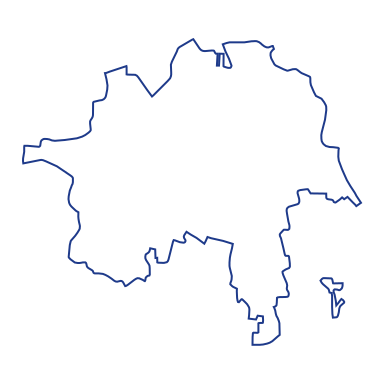 outline of Nam Định, Nam Định, Vietnam
{"feature_id": "81297802B54089788823696", "entity_name": "Nam Định", "entity_type": "district", "adm_level": 2, "iso_a3": "VNM", "parent_name": "Vietnam", "parent_adm1": "Nam Định", "projection": "mercator", "projection_center": [106.173, 20.418], "detail": "fine", "context": "isolated", "style": "outline", "palette": "blue", "viewbox_px": 384, "rotation_deg": 0, "n_neighbors": 0, "source": "geoboundaries", "source_scale": "gbopen_adm2", "svg_char_len": 5916}
<svg xmlns="http://www.w3.org/2000/svg" viewBox="0 0 384 384"><path d="M71.1,187.4L69.8,190.6L68.7,196.3L68.5,199.1L69.1,202.7L69.9,204.6L71.2,206.3L72.3,207.4L75.4,210.3L76.4,211.1L78.4,212.2L78.3,216.6L78.5,219.0L79.0,222.0L79.8,225.3L79.9,226.3L79.7,228.7L79.3,229.6L77.5,232.6L75.2,235.8L71.1,240.5L70.7,241.2L69.8,245.0L68.7,256.7L68.8,257.5L70.5,259.3L74.8,262.5L77.7,263.0L79.6,263.0L81.5,262.7L82.9,262.4L85.4,262.4L85.9,262.8L86.3,263.7L86.9,266.3L87.3,267.0L88.3,268.0L92.0,270.2L92.8,270.9L93.5,272.7L94.1,273.2L94.8,273.4L98.7,273.4L102.9,273.9L105.4,274.9L108.2,276.4L111.6,278.7L114.3,280.8L115.7,281.5L117.1,281.7L120.5,280.9L121.6,281.0L122.4,281.5L123.1,282.3L125.2,286.1L126.3,285.8L128.0,284.7L134.4,279.8L136.0,278.8L137.4,278.2L139.2,278.3L142.8,279.9L144.6,281.1L144.9,281.1L145.3,280.3L145.7,277.8L146.2,277.1L147.6,275.9L149.4,275.5L149.8,274.5L149.7,268.1L149.5,265.7L148.9,264.4L146.1,260.1L145.4,258.4L145.3,256.8L145.6,254.9L145.8,254.4L148.3,252.7L149.3,251.6L149.8,250.1L150.2,248.3L155.2,249.4L155.5,258.0L157.2,257.8L157.3,262.4L157.8,262.6L158.5,262.7L163.9,262.9L166.8,262.2L167.8,261.2L168.5,259.5L173.0,241.7L173.7,240.1L174.8,240.3L179.9,242.2L183.5,242.7L184.1,242.6L184.9,242.2L185.4,241.4L185.5,240.5L185.4,240.1L184.1,238.0L183.8,236.7L184.2,235.3L186.5,231.8L190.6,234.5L196.5,237.9L204.3,243.7L205.7,241.1L207.5,237.0L211.1,238.2L223.1,240.9L232.8,243.9L232.0,248.2L230.5,254.3L229.9,257.6L229.5,262.4L229.5,266.0L229.8,267.9L231.8,276.0L231.6,279.2L231.3,280.7L230.4,283.1L230.3,284.3L232.1,286.1L233.2,286.9L236.9,288.7L236.8,291.5L237.1,298.0L237.5,300.5L238.0,302.0L238.9,302.2L241.3,299.4L241.8,299.2L242.3,299.4L245.4,302.4L247.2,304.3L248.9,307.1L249.2,308.0L249.4,309.6L249.1,315.2L248.7,318.6L256.0,319.5L257.7,315.7L262.9,316.4L263.1,320.3L262.9,322.7L262.5,322.9L258.9,323.0L258.4,323.3L258.4,332.3L257.7,332.8L257.3,332.8L253.5,332.7L253.1,332.9L252.9,333.3L252.6,336.9L252.5,344.8L259.8,344.8L263.1,344.5L267.1,343.6L269.7,342.7L272.3,341.2L277.8,336.4L279.7,334.9L279.4,323.2L278.9,321.2L277.7,318.1L276.4,315.8L275.8,313.7L275.2,310.4L274.2,307.7L273.8,307.0L274.9,306.6L276.0,305.9L276.5,305.2L276.8,302.5L277.0,297.8L277.6,297.4L279.6,297.1L285.3,297.0L287.3,296.8L288.0,296.5L288.5,295.8L288.8,294.0L288.7,293.1L288.3,291.9L287.1,289.9L286.9,289.3L286.8,288.4L287.2,285.4L286.7,283.1L283.3,275.2L282.6,272.9L282.5,271.8L283.0,271.2L285.6,269.5L289.1,268.0L289.8,266.9L289.9,266.4L289.8,263.2L289.0,256.7L288.7,256.1L288.4,255.9L285.7,255.8L285.3,255.5L285.0,255.0L284.7,254.0L283.5,248.6L281.0,238.3L279.9,235.9L279.8,234.3L280.4,233.4L283.7,229.8L284.9,229.7L287.6,229.9L288.4,229.7L289.3,228.8L289.5,226.8L289.4,225.2L288.4,221.5L287.1,214.2L286.6,210.8L286.8,209.0L287.5,207.8L289.0,206.7L297.5,204.2L298.5,203.6L299.1,202.4L299.3,201.6L299.3,200.1L299.1,198.6L297.6,193.3L297.6,192.1L297.8,191.4L298.2,190.8L300.1,190.1L306.0,189.3L307.8,189.2L308.1,189.5L310.6,193.4L326.2,193.6L326.3,197.6L326.5,198.2L326.9,198.7L327.4,199.0L328.5,199.3L331.6,199.7L332.6,200.1L333.2,200.7L333.8,202.0L334.6,202.4L335.6,202.5L339.7,199.6L342.1,197.4L344.2,199.2L347.5,196.9L352.8,202.4L355.3,204.8L356.3,206.1L361.0,202.8L356.5,196.0L354.8,192.8L350.4,186.1L346.9,180.2L344.2,174.2L342.0,169.2L338.8,160.7L338.3,156.7L338.5,150.5L338.8,148.4L338.0,147.8L333.3,147.2L329.5,147.0L325.9,146.0L323.6,144.2L322.5,142.7L321.7,141.0L321.4,138.7L321.3,135.1L321.8,132.1L325.0,119.7L326.3,110.1L326.2,106.7L325.8,105.3L324.1,102.2L321.5,98.7L315.9,95.9L314.0,92.3L310.9,85.1L310.4,82.3L310.3,78.1L310.1,77.1L309.7,76.7L308.3,76.0L301.8,73.2L300.4,72.3L297.2,69.8L295.9,69.1L292.9,69.2L287.7,70.7L287.2,70.7L283.6,69.3L275.7,65.5L274.4,64.3L271.6,59.1L271.1,58.0L270.5,55.3L270.6,53.3L270.8,52.5L272.3,50.4L273.9,49.0L272.8,46.0L272.3,46.0L268.6,47.4L267.3,47.4L266.5,47.3L264.4,46.4L261.9,44.5L260.9,43.5L259.0,42.1L256.7,41.2L255.3,41.1L251.4,41.3L244.6,42.3L229.7,42.3L226.7,43.0L222.8,44.3L225.5,51.5L229.0,58.8L231.5,65.6L231.3,66.5L230.8,67.4L230.5,67.7L229.8,67.9L229.3,67.9L228.2,67.9L226.3,67.4L223.9,66.6L223.5,66.2L223.6,53.8L219.7,53.7L219.0,65.6L216.9,65.6L217.6,53.7L215.9,53.7L215.2,53.0L214.1,50.9L213.7,50.6L211.9,50.5L204.9,51.1L203.0,50.9L201.5,50.3L200.6,49.6L199.5,48.4L193.3,39.2L192.3,39.6L179.5,47.1L178.3,48.2L177.7,49.1L176.8,51.6L171.9,61.7L170.9,64.7L171.2,72.3L171.2,74.6L170.9,76.3L170.1,78.3L167.7,81.0L153.4,95.3L152.0,96.5L147.2,90.0L138.3,77.3L136.9,75.7L135.2,74.8L127.7,74.6L126.6,74.4L126.6,67.1L126.4,66.1L109.8,71.6L106.1,73.0L105.0,73.1L106.5,79.3L107.5,85.5L107.2,89.7L106.1,95.2L105.7,96.7L105.1,97.8L104.3,98.7L103.6,99.3L101.9,100.1L99.7,100.4L93.8,101.8L93.2,102.4L93.1,103.0L93.0,114.2L92.9,115.7L92.6,116.9L92.0,118.1L90.5,120.4L90.1,121.5L90.1,123.7L90.7,129.1L90.7,130.2L90.1,131.2L88.6,132.6L85.3,135.0L82.2,136.6L76.9,138.3L71.2,139.1L64.7,140.0L54.9,140.8L51.9,140.4L49.3,139.4L47.0,139.0L44.4,138.9L43.4,139.1L42.4,139.7L41.4,140.5L40.8,141.8L40.2,145.8L39.4,146.6L38.8,146.8L27.7,145.8L24.4,145.8L24.2,146.8L24.2,151.8L23.1,158.3L23.0,160.9L23.3,163.4L40.3,160.0L41.5,159.9L43.1,160.2L46.1,161.4L56.9,166.3L70.2,175.3L71.7,176.4L72.5,177.3L72.8,177.8L72.9,178.2L72.9,182.1L72.7,183.2L72.5,184.1L71.8,185.3L71.1,187.4ZM333.1,283.3L332.3,279.6L331.7,278.6L331.3,278.4L324.0,278.1L323.1,278.2L322.0,278.9L320.5,280.6L321.6,282.6L323.0,284.2L328.2,288.7L328.8,289.7L329.5,292.5L331.7,293.0L332.1,296.0L332.1,306.8L332.4,314.0L332.9,317.6L336.3,317.3L336.9,317.1L337.4,316.6L338.0,315.4L338.8,312.3L339.3,308.5L339.8,307.1L340.4,306.0L341.1,305.3L344.1,302.7L344.2,302.2L344.2,301.8L343.7,301.0L343.0,300.1L341.4,299.0L340.2,300.4L338.3,303.0L336.3,305.4L335.8,300.9L334.6,294.7L333.6,291.9L333.6,290.4L333.8,290.1L334.5,289.4L335.3,289.4L337.3,289.6L338.7,290.1L339.8,290.1L340.4,289.7L341.7,288.5L342.0,287.9L342.4,286.7L342.6,285.3L342.6,283.2L333.7,283.4L333.1,283.3Z" fill="none" stroke="#1e3a8a" stroke-width="2"/></svg>